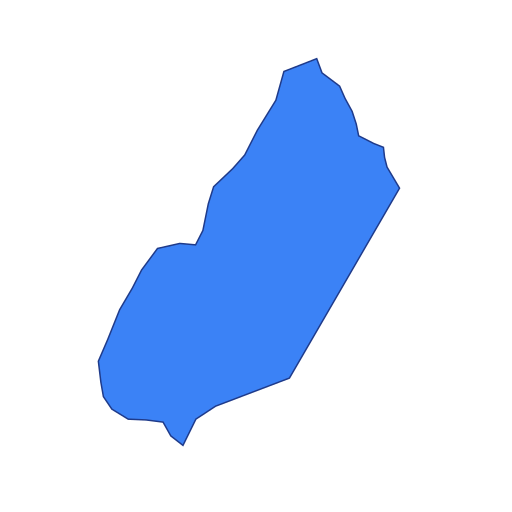 Pano Dikomo, Cyprus (Mercator projection), rotated 117°
{"feature_id": "46923920B27145570377181", "entity_name": "Pano Dikomo", "entity_type": "district", "adm_level": 2, "iso_a3": "CYP", "parent_name": "Cyprus", "parent_adm1": "", "projection": "mercator", "projection_center": [33.32, 35.282], "detail": "fine", "context": "isolated", "style": "filled", "palette": "blue", "viewbox_px": 512, "rotation_deg": 117, "n_neighbors": 0, "source": "geoboundaries", "source_scale": "gbopen_adm2", "svg_char_len": 643}
<svg xmlns="http://www.w3.org/2000/svg" viewBox="0 0 512 512"><g transform="rotate(117 256 256)"><path d="M52.6,291.5L78.9,314.9L108.2,309.0L143.3,311.9L171.1,311.9L188.7,316.4L213.5,325.2L231.1,322.2L257.4,314.9L273.5,314.9L279.4,329.6L294.0,347.2L320.4,351.6L340.8,351.6L365.7,353.1L397.9,350.2L421.3,348.7L438.9,336.9L450.6,328.1L457.9,314.9L459.4,295.8L452.0,279.6L446.2,263.4L455.0,250.2L457.9,235.1L428.6,235.5L408.1,223.8L349.6,170.8L130.4,158.9L117.3,179.6L109.8,186.2L101.3,191.8L102.3,202.2L102.3,219.1L92.9,226.6L83.5,236.0L75.1,248.3L66.7,258.6L62.9,280.3L52.6,291.5Z" fill="#3b82f6" stroke="#1e3a8a" stroke-width="1.5"/></g></svg>